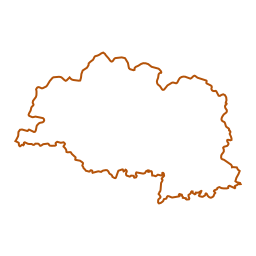 SVG path tracing the border of Vitebsk
{"feature_id": "BLR-2341", "entity_name": "Vitebsk", "entity_type": "Region", "adm_level": 1, "iso_a3": "BLR", "parent_name": "Belarus", "parent_adm1": "", "projection": "albers", "projection_center": [28.969, 55.191], "detail": "fine", "context": "isolated", "style": "outline", "palette": "amber", "viewbox_px": 256, "rotation_deg": 0, "n_neighbors": 0, "source": "natural_earth", "source_scale": "10m", "svg_char_len": 5843}
<svg xmlns="http://www.w3.org/2000/svg" viewBox="0 0 256 256"><path d="M32.8,117.2L32.1,117.1L29.5,116.0L28.8,115.5L28.6,114.7L29.1,113.3L30.6,110.6L31.3,107.7L31.7,106.9L33.3,105.3L33.5,104.4L32.7,102.8L33.0,100.9L35.9,97.0L36.4,95.3L36.5,93.2L36.5,91.1L36.1,89.3L37.1,87.7L38.2,87.1L39.4,87.3L41.7,88.3L42.7,88.2L46.2,86.5L47.1,85.5L49.8,81.0L52.4,78.0L53.4,77.3L59.1,76.8L60.9,77.1L61.9,77.7L64.5,80.1L65.7,80.8L66.6,80.4L69.6,77.4L70.7,78.7L72.0,79.6L73.4,80.0L78.9,80.7L80.2,80.5L81.0,77.7L81.4,74.0L82.7,70.5L87.0,67.7L88.5,65.2L88.7,63.4L90.1,62.0L93.1,59.7L94.5,56.9L95.2,56.2L97.5,55.6L99.4,54.7L101.4,53.3L103.2,52.6L104.9,53.8L105.7,55.1L108.7,58.5L110.0,60.4L110.9,61.3L111.8,61.6L112.8,61.0L114.3,58.8L115.3,58.1L121.7,57.4L124.9,58.1L125.3,58.6L127.9,62.9L128.3,64.8L128.6,66.6L129.0,68.2L130.1,69.2L133.5,70.2L134.5,69.9L134.6,68.1L135.7,66.9L138.4,65.7L141.0,64.0L143.2,63.2L145.7,63.3L148.2,64.1L151.6,66.8L158.3,68.6L159.1,69.1L160.7,70.9L161.1,71.6L161.3,72.3L161.1,72.8L160.4,72.8L159.3,73.4L159.0,73.7L158.6,74.4L158.1,77.8L157.1,80.4L156.9,81.6L157.2,83.3L157.8,84.4L160.0,86.2L162.1,89.4L163.0,89.9L164.2,89.5L167.5,85.4L171.8,82.8L173.0,82.5L176.1,83.3L177.2,82.7L178.9,79.4L179.9,78.0L181.6,77.0L183.3,76.6L185.1,76.7L190.3,78.6L191.4,78.1L193.4,76.2L194.4,75.7L195.1,75.9L197.5,77.7L206.2,80.5L206.6,80.9L206.6,81.6L206.3,82.9L206.8,83.5L210.7,85.4L211.6,86.2L211.8,87.2L211.4,88.5L211.5,89.3L212.0,90.3L212.9,90.9L213.9,91.1L215.7,90.9L216.3,91.3L218.6,95.7L219.9,95.9L221.3,95.0L223.2,94.3L224.9,95.1L226.2,97.3L226.5,100.2L225.7,102.9L226.6,103.5L226.4,104.4L225.2,105.4L225.0,106.7L225.4,108.1L226.8,110.1L226.8,111.6L226.3,112.5L223.7,114.5L222.2,116.8L221.6,118.3L221.5,119.7L222.0,120.7L222.8,121.3L224.4,122.1L225.0,123.1L225.8,125.9L226.4,126.9L228.6,128.4L229.1,129.1L229.2,129.4L229.0,130.1L229.1,130.5L229.9,130.9L230.3,131.5L230.4,131.9L230.2,132.8L229.8,133.3L229.7,133.9L229.9,134.4L230.9,136.5L231.5,138.4L231.5,139.9L230.4,140.3L228.3,139.8L227.4,139.9L227.1,140.9L227.6,142.1L228.3,143.0L228.5,143.9L227.7,145.4L226.9,146.0L224.2,146.7L223.2,147.6L223.3,148.4L223.8,149.5L223.8,151.5L223.1,152.7L222.1,153.9L221.3,155.3L221.1,157.4L221.5,158.7L222.2,159.2L224.0,159.8L231.1,164.7L231.8,165.9L232.0,167.3L233.0,167.1L236.8,167.4L237.9,169.6L239.7,171.0L238.5,174.0L236.4,177.8L235.4,181.2L236.7,182.2L240.1,183.0L240.6,184.1L239.7,184.2L238.2,184.1L236.9,185.1L235.1,185.9L234.8,186.3L235.2,187.8L234.8,188.2L229.6,185.8L228.8,186.0L228.3,186.5L228.2,186.8L228.3,187.6L228.2,188.0L226.8,188.4L223.7,188.4L221.4,188.1L219.4,187.1L218.5,187.4L217.3,188.1L217.1,189.0L216.7,189.4L214.8,190.1L214.1,190.6L213.9,191.2L214.0,191.4L215.1,192.5L215.3,192.9L214.3,194.1L213.6,196.0L212.7,196.9L211.3,197.6L210.6,197.7L209.2,197.2L207.8,195.9L206.7,193.8L206.0,193.4L205.5,193.8L205.4,194.7L205.0,195.4L202.9,196.7L202.1,196.8L199.5,196.2L199.1,195.9L198.9,195.5L199.0,195.3L200.5,193.1L201.3,191.3L201.4,191.0L201.2,190.9L198.4,192.7L195.8,192.6L195.5,194.0L194.8,194.3L192.2,192.6L192.2,192.2L192.5,191.9L192.6,191.5L191.8,191.3L191.2,191.8L190.8,192.9L190.3,193.7L188.5,195.0L188.5,195.3L188.6,196.5L189.2,197.9L189.3,198.5L189.0,199.3L188.6,199.4L186.6,199.5L185.8,199.0L185.8,198.2L182.8,197.8L182.8,196.8L182.0,195.9L182.0,195.1L181.8,194.7L179.5,194.0L179.2,194.2L178.9,194.8L179.7,195.5L179.8,195.8L179.5,196.2L178.4,196.5L172.3,197.5L171.7,197.4L169.0,196.3L167.8,196.1L167.1,196.6L166.3,198.6L163.9,199.2L163.2,201.0L162.6,201.6L160.8,202.9L159.1,203.4L158.7,203.3L158.1,202.3L158.2,200.0L158.6,199.2L160.2,197.8L160.5,197.1L160.5,196.7L159.5,195.0L158.6,194.1L158.6,193.9L159.1,193.2L159.5,192.0L160.0,191.7L160.3,190.9L160.6,189.5L161.1,183.0L162.5,180.5L162.5,179.9L161.8,179.1L161.7,178.5L164.1,175.8L163.8,173.7L163.2,172.9L162.7,172.8L162.3,173.0L162.2,174.8L161.7,175.4L161.2,175.5L157.9,174.7L155.8,176.2L155.4,176.2L153.9,175.6L152.2,175.5L152.0,173.1L151.8,171.8L151.5,171.3L150.9,171.1L148.7,171.9L148.1,171.8L147.8,171.6L147.8,171.1L148.4,170.4L148.0,170.3L146.1,171.2L145.0,173.0L143.8,173.5L142.5,173.5L136.4,172.4L136.1,172.8L135.8,174.2L135.9,174.7L136.7,175.7L136.7,176.1L136.1,177.3L134.7,177.7L134.3,177.7L134.1,177.4L133.9,176.1L133.4,175.8L131.1,175.6L130.2,176.4L129.7,176.6L126.7,175.6L126.2,175.0L126.0,173.9L126.0,173.3L126.7,171.8L126.8,171.4L126.7,170.9L126.1,170.0L125.5,169.7L124.4,171.1L123.6,171.4L122.8,169.5L122.3,169.4L118.5,170.7L118.2,171.1L115.9,177.7L115.3,178.1L114.5,178.0L112.4,176.8L112.1,175.7L111.8,175.3L111.3,174.7L109.7,173.8L109.1,173.0L108.3,171.3L107.0,170.2L105.8,170.1L103.6,170.5L102.6,170.8L101.1,171.9L98.3,171.3L92.6,172.8L92.4,172.4L92.3,171.1L92.2,170.7L91.4,170.3L90.6,170.3L89.6,171.5L89.1,171.6L85.8,170.7L85.1,169.6L83.6,168.2L83.2,167.0L82.4,165.8L82.3,165.4L82.8,164.4L83.0,163.1L82.3,162.3L80.0,160.7L75.7,159.9L75.3,159.7L75.2,159.4L75.6,157.8L75.5,157.3L71.9,154.0L70.8,152.3L70.1,152.1L67.7,152.3L66.5,152.0L66.4,151.7L66.3,150.5L66.0,149.5L64.8,147.8L63.5,146.6L63.6,146.1L64.8,144.4L65.0,143.9L64.6,143.2L63.6,142.3L60.8,142.8L57.2,141.8L55.8,142.8L55.6,143.3L55.9,144.4L55.9,145.2L55.0,145.7L51.6,145.8L49.8,145.6L49.3,145.2L48.5,143.9L47.8,143.6L43.2,144.2L41.3,145.5L40.3,145.8L39.8,145.5L39.3,144.6L38.8,144.1L38.1,143.7L35.3,143.7L34.3,144.7L33.2,144.9L31.6,144.0L29.1,144.0L27.9,143.8L24.8,142.3L24.0,142.7L23.8,143.5L24.0,144.5L23.6,144.9L23.2,145.3L22.5,144.8L22.0,144.8L21.6,145.0L20.6,146.0L20.0,146.3L19.3,145.8L18.9,144.9L18.8,143.0L18.4,142.6L15.4,141.1L16.2,139.9L18.0,136.4L18.2,135.7L18.3,134.8L18.4,132.8L18.5,131.9L20.0,129.8L22.0,129.5L27.3,131.0L27.7,130.9L28.7,129.7L29.3,129.7L34.0,132.0L34.9,131.8L35.7,130.7L36.2,128.5L36.6,126.3L36.9,125.5L37.7,124.6L39.0,123.3L39.7,122.9L42.6,122.3L43.7,121.5L44.2,120.2L43.8,118.9L42.9,118.1L35.5,116.6L32.8,117.2Z" fill="none" stroke="#b45309" stroke-width="2"/></svg>